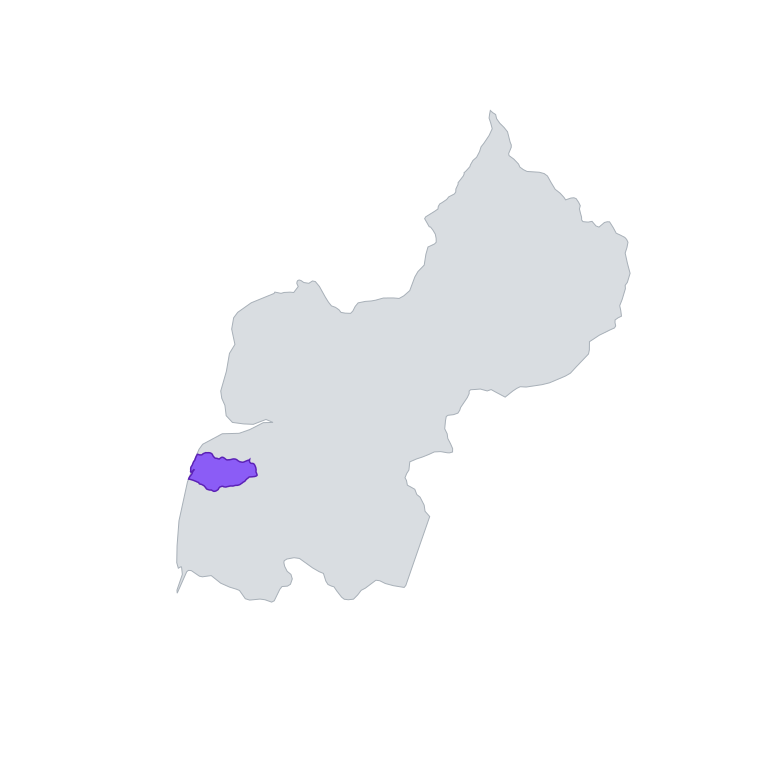 II-1 Moruka/Pomeroon, Pomeroon-Supenaam, Guyana shown in context, rotated 241°
{"feature_id": "73187651B89852633315", "entity_name": "II-1 Moruka/Pomeroon", "entity_type": "district", "adm_level": 2, "iso_a3": "GUY", "parent_name": "Guyana", "parent_adm1": "Pomeroon-Supenaam", "projection": "mercator", "projection_center": [-58.911, 7.285], "detail": "fine", "context": "in_parent", "style": "filled", "palette": "violet", "viewbox_px": 768, "rotation_deg": 241, "n_neighbors": 0, "source": "geoboundaries", "source_scale": "gbopen_adm2", "svg_char_len": 6293}
<svg xmlns="http://www.w3.org/2000/svg" viewBox="0 0 768 768"><g transform="rotate(241 384 384)"><path d="M245.9,359.7L229.7,341.6L213.4,323.4L197.3,305.5L196.3,303.0L203.0,294.5L208.9,288.4L214.0,284.9L216.3,281.8L214.5,268.7L214.6,264.0L212.3,258.8L210.6,253.0L212.6,248.2L215.0,244.9L218.1,243.6L225.6,242.4L230.9,241.9L232.8,240.0L235.8,237.8L239.9,237.6L247.7,239.2L251.3,236.3L257.8,232.4L272.4,225.5L275.7,221.1L278.0,214.2L277.8,211.0L276.3,209.8L272.6,208.7L267.1,208.5L262.6,210.3L258.0,209.3L254.2,205.1L254.0,201.6L256.3,196.6L254.9,193.3L247.6,182.9L247.7,180.0L253.0,175.3L256.0,171.3L260.1,161.8L263.4,158.6L273.5,157.5L276.1,155.4L281.3,150.4L289.0,144.6L300.2,140.0L303.4,131.7L305.4,129.4L314.2,125.0L315.8,122.6L315.5,120.5L301.3,101.7L304.1,103.0L315.2,115.3L321.3,117.9L322.6,118.0L322.6,114.8L328.2,116.1L342.7,124.5L363.8,138.4L393.6,164.6L402.0,174.5L407.7,179.2L416.6,190.6L419.2,196.2L418.9,218.4L411.1,233.4L409.2,244.7L408.7,259.7L404.2,268.3L410.2,263.6L412.1,250.1L417.2,241.8L423.9,232.8L432.8,230.6L442.4,234.5L450.2,235.2L457.0,237.8L471.5,252.3L485.7,263.7L490.9,272.8L505.9,277.4L514.8,284.6L517.6,290.8L519.4,307.2L516.5,331.8L517.3,333.1L513.2,337.9L512.5,341.0L509.8,346.5L507.8,349.4L510.8,356.2L514.2,356.5L515.5,357.4L516.3,358.7L516.1,360.2L514.8,361.5L511.6,363.1L508.5,367.1L508.8,371.4L506.9,373.6L500.6,374.8L488.5,374.8L482.5,375.1L477.8,375.9L474.6,378.7L470.7,380.6L467.5,381.1L464.8,384.4L462.0,389.0L462.9,392.1L465.8,396.4L467.5,400.7L465.3,407.7L462.8,413.1L461.4,417.2L459.5,425.1L454.8,433.8L451.5,438.7L451.5,444.1L453.2,451.8L462.7,462.9L465.9,468.2L468.5,476.8L477.1,483.5L482.5,488.9L482.0,496.1L482.7,498.4L486.1,500.2L490.1,501.5L494.6,501.4L498.7,500.8L499.6,499.8L508.9,499.7L510.0,501.5L510.5,511.8L510.9,516.0L513.1,517.7L514.5,520.2L514.5,522.6L515.0,528.3L516.3,531.4L516.1,537.6L517.1,539.8L519.7,541.4L522.9,545.8L524.1,546.3L524.8,547.9L527.5,554.2L529.0,556.1L530.0,556.4L530.4,558.5L532.4,564.4L533.8,565.9L536.4,570.2L537.4,574.9L540.9,580.2L544.4,583.9L546.0,587.8L550.4,596.4L554.8,602.4L560.7,603.9L565.6,604.8L568.7,607.1L571.7,609.6L568.5,610.7L565.6,612.3L561.5,611.1L555.9,611.7L550.1,613.4L544.7,614.3L534.5,611.6L531.4,611.2L529.3,610.0L525.1,604.7L523.1,604.1L517.7,606.6L511.1,608.3L507.9,608.0L504.1,609.7L500.6,612.1L493.9,622.5L490.4,626.1L486.7,627.8L479.3,627.8L471.3,628.1L465.4,630.6L459.8,631.9L457.0,632.1L456.0,637.7L454.8,640.4L453.0,641.9L448.7,642.3L444.8,642.1L442.4,639.8L438.0,638.6L434.2,637.7L431.6,636.4L429.6,636.7L427.9,639.1L426.6,641.1L425.4,644.8L419.5,646.0L417.0,648.1L418.4,655.1L417.7,657.8L416.5,659.9L409.4,660.3L403.3,660.2L399.8,662.8L395.4,665.7L392.8,666.3L389.7,666.1L385.5,662.6L381.6,658.4L371.5,655.4L361.5,652.9L354.9,646.1L353.4,642.8L350.3,641.3L342.5,633.3L338.2,628.1L333.5,626.7L328.2,624.6L328.4,620.8L328.0,617.2L325.7,615.8L322.5,614.8L321.3,612.8L321.7,608.0L322.3,595.9L321.4,584.2L314.2,580.1L311.1,577.4L305.7,560.1L303.1,552.3L303.0,546.6L304.8,529.3L306.8,521.9L312.4,506.9L315.6,501.8L315.8,498.0L315.4,493.2L313.8,483.6L323.2,477.5L327.2,475.0L327.9,470.9L332.9,465.8L335.1,460.9L337.0,457.0L336.5,455.0L334.3,453.8L331.7,450.2L326.3,439.6L324.3,437.5L322.7,434.5L323.5,429.9L325.6,424.8L325.4,422.7L322.1,420.0L315.4,415.4L309.8,415.1L305.5,413.4L299.2,413.2L294.2,412.7L291.3,411.0L291.9,408.2L293.1,406.1L297.4,400.8L300.2,395.1L300.6,389.6L301.5,382.3L302.7,376.0L303.4,368.8L296.7,364.1L294.6,360.3L291.8,356.9L288.8,356.9L284.2,355.4L277.0,359.9L271.4,359.1L267.5,360.7L258.6,360.4L252.8,358.2L245.9,359.7Z" fill="#d9dde1" stroke="#a8b0b8" stroke-width="1"/><path d="M413.0,186.7L411.9,184.9L410.7,183.3L410.5,183.1L409.3,181.8L409.0,181.3L408.3,179.7L407.1,178.2L406.2,177.2L405.2,175.4L405.0,175.0L404.3,174.3L403.4,173.7L402.0,173.0L401.1,172.3L400.7,172.3L400.4,172.5L400.3,172.9L400.5,173.7L401.3,176.1L401.0,176.3L400.1,174.3L399.7,173.7L398.7,172.7L397.4,170.0L397.1,169.0L396.7,168.6L396.4,168.0L395.6,167.0L395.3,167.3L394.8,168.0L394.3,168.5L393.7,169.1L392.9,169.9L392.1,170.6L391.4,171.2L390.6,171.8L390.1,172.3L388.7,173.2L388.3,173.7L387.7,174.1L387.0,174.1L386.3,174.1L385.7,174.5L385.3,175.0L384.6,175.8L383.3,176.6L382.6,177.1L382.0,177.3L380.2,177.7L379.5,177.8L378.8,177.8L377.9,178.1L377.2,178.7L376.5,179.4L375.9,180.0L375.4,180.8L375.0,181.6L373.6,182.4L373.0,182.8L372.5,183.3L372.2,184.1L372.0,184.7L371.9,185.7L372.0,186.6L372.0,187.3L372.2,188.0L372.8,188.7L373.1,189.4L373.3,190.0L373.5,190.7L373.3,191.4L373.2,192.3L372.9,193.0L372.5,193.6L371.7,194.1L371.3,194.7L370.9,195.2L370.5,195.9L370.3,196.9L370.0,197.8L369.8,198.5L369.5,199.6L369.2,200.4L368.8,201.0L368.5,201.6L368.1,202.2L367.8,203.0L367.6,204.0L367.4,204.8L367.0,205.6L366.7,206.3L366.3,207.0L366.2,207.7L366.0,208.5L365.9,209.2L366.0,210.0L366.1,210.9L366.1,211.6L366.4,213.0L366.4,213.7L366.4,214.5L366.5,215.4L366.8,216.1L367.2,216.8L367.3,217.6L367.6,218.5L367.7,219.9L368.0,220.7L367.9,221.5L367.5,222.1L367.2,222.8L366.8,223.6L366.5,224.3L366.2,225.1L365.9,225.7L365.7,226.4L365.5,227.3L365.5,227.9L365.6,228.6L366.2,229.0L367.0,229.1L367.7,229.3L368.6,229.3L369.3,229.5L369.9,229.8L370.7,230.4L371.3,230.7L371.9,230.9L372.7,231.2L373.5,231.4L374.5,231.5L375.4,231.6L376.2,231.6L376.9,231.5L377.5,231.3L378.0,230.9L378.5,230.2L378.8,229.6L379.3,229.1L380.1,228.8L380.7,228.7L381.4,228.8L382.1,229.1L382.7,229.6L383.1,229.9L382.9,229.1L383.1,228.4L383.3,227.7L383.4,226.9L383.5,226.0L383.6,225.1L383.7,224.2L383.8,223.2L384.1,222.4L384.5,221.8L385.0,221.3L385.4,220.8L385.9,220.2L387.3,219.3L388.0,219.0L388.6,218.8L389.3,218.4L390.1,217.9L390.6,217.3L391.1,216.6L391.5,215.9L391.8,215.0L392.0,214.2L392.2,213.3L392.5,212.7L392.7,211.9L393.1,211.2L393.4,210.6L393.6,210.0L394.3,209.4L395.2,209.0L396.0,208.7L396.6,208.4L397.4,208.0L398.0,207.5L398.5,206.8L398.6,205.9L398.5,205.0L398.4,204.2L398.3,203.5L398.7,203.0L399.3,202.4L400.0,201.9L400.5,201.0L401.0,200.4L401.7,200.1L402.5,199.9L403.4,199.7L404.3,199.6L405.1,199.7L405.8,199.7L406.4,199.6L407.0,199.3L407.6,198.9L408.1,198.5L408.7,197.7L409.2,196.9L409.6,196.0L410.0,195.4L410.4,194.8L410.5,193.9L410.6,193.2L410.7,192.5L410.7,191.8L410.5,191.2L410.4,190.4L410.6,189.7L411.0,189.1L411.3,188.5L411.7,188.0L412.3,187.6L413.0,186.7Z" fill="#8b5cf6" stroke="#5b21b6" stroke-width="1.5"/></g></svg>